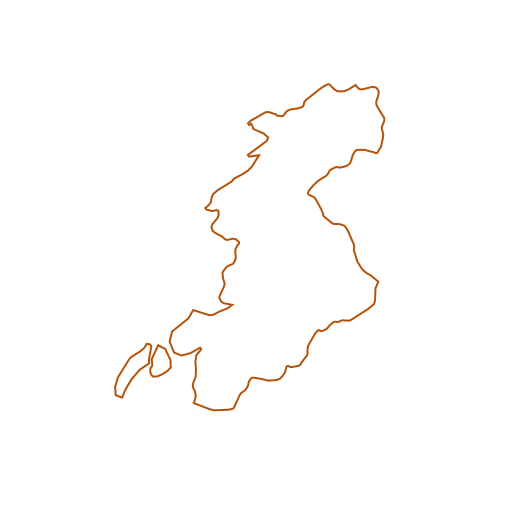 the border of Krabi, rotated 56°
{"feature_id": "THA-382", "entity_name": "Krabi", "entity_type": "Province", "adm_level": 1, "iso_a3": "THA", "parent_name": "Thailand", "parent_adm1": "", "projection": "orthographic", "projection_center": [99.002, 8.071], "detail": "fine", "context": "isolated", "style": "outline", "palette": "amber", "viewbox_px": 512, "rotation_deg": 56, "n_neighbors": 0, "source": "natural_earth", "source_scale": "10m", "svg_char_len": 4032}
<svg xmlns="http://www.w3.org/2000/svg" viewBox="0 0 512 512"><g transform="rotate(56 256 256)"><path d="M342.9,389.7L342.5,388.9L338.7,384.4L334.5,382.4L329.4,381.7L326.8,379.8L322.4,373.6L316.1,368.9L309.8,365.4L304.9,361.0L302.7,353.6L300.7,353.6L299.9,364.6L296.8,373.5L290.2,377.9L278.9,375.6L271.7,367.9L269.9,346.7L265.7,338.3L278.9,327.9L280.9,324.0L281.5,318.0L283.5,308.4L283.2,303.0L277.1,309.2L274.0,310.4L270.0,309.8L268.4,307.9L263.5,299.7L261.2,297.3L256.0,295.8L250.8,292.9L248.5,286.4L248.8,283.2L249.4,281.2L249.6,279.4L248.5,276.6L246.3,273.8L241.1,271.0L238.6,268.9L236.8,265.5L236.3,263.2L235.0,262.3L230.9,263.3L228.9,265.1L226.6,270.8L225.5,272.0L220.6,273.4L215.8,276.1L211.3,277.9L206.8,276.6L205.2,274.2L203.1,267.0L201.5,264.3L197.5,261.9L195.7,263.2L194.9,265.9L193.8,267.6L189.6,271.3L187.9,271.2L187.3,266.5L186.4,263.7L182.3,259.5L180.7,256.8L180.0,250.6L180.7,234.9L179.6,230.6L180.7,220.3L180.7,214.8L179.7,209.7L174.2,197.2L169.7,206.2L167.7,206.2L166.6,182.8L164.5,179.6L158.4,181.3L149.2,187.2L145.8,186.2L143.7,186.2L143.7,188.4L141.5,188.4L140.9,184.6L142.2,167.5L143.9,164.8L149.1,160.9L149.5,160.2L151.4,160.1L154.8,156.2L154.8,155.1L154.7,153.8L153.5,151.2L153.2,147.8L154.2,144.7L157.1,138.6L158.0,135.7L158.3,133.6L157.8,132.6L157.3,131.8L155.8,130.3L155.2,129.5L154.5,126.3L153.2,108.4L153.4,103.2L153.9,100.0L154.8,99.4L155.8,99.0L160.7,98.1L162.9,97.4L164.8,96.4L165.8,95.3L166.9,93.7L168.7,90.6L169.7,85.9L169.9,77.8L173.4,77.6L175.7,76.7L176.5,76.0L177.0,75.1L177.5,74.2L180.6,65.5L181.8,63.7L182.6,63.0L183.4,62.4L184.5,62.1L185.7,61.9L186.9,62.1L188.1,62.3L189.4,63.1L190.8,64.4L195.2,69.8L195.9,70.5L197.1,71.1L198.4,71.7L200.9,72.0L212.6,72.5L214.1,72.9L215.4,73.9L217.2,76.2L218.9,79.0L219.9,79.9L221.3,80.7L225.8,82.2L227.3,83.2L228.8,84.5L235.1,91.0L237.3,95.8L237.9,96.7L238.3,97.5L238.3,98.4L237.7,99.1L236.9,99.7L236.0,100.3L234.3,101.6L232.9,103.1L228.8,106.5L224.8,112.5L224.4,113.4L224.4,114.6L224.7,115.6L226.6,119.5L228.4,121.8L230.1,123.7L231.0,125.0L231.6,126.2L231.9,127.3L232.0,128.5L232.0,129.9L231.8,131.1L230.3,135.6L229.2,137.5L227.7,139.0L227.2,139.9L226.8,140.9L226.3,144.7L226.3,146.0L226.4,147.2L226.8,148.1L227.9,150.0L228.3,151.0L228.8,153.3L228.4,158.5L228.6,163.8L229.5,168.9L230.7,173.4L231.4,175.5L232.5,177.4L233.4,177.9L234.6,178.0L239.3,175.3L240.4,174.9L242.9,174.8L254.0,175.8L257.3,176.5L260.4,177.6L261.6,177.5L270.3,174.9L272.2,174.1L273.2,173.3L275.6,169.7L276.3,168.9L280.4,165.7L283.1,165.6L287.2,165.8L300.9,168.4L303.4,169.4L304.9,170.9L305.8,171.6L316.9,175.0L318.7,175.2L325.3,175.4L328.3,174.9L332.0,173.9L336.3,171.7L345.7,169.0L349.5,174.8L350.5,175.7L358.0,181.1L360.7,183.6L361.6,184.6L362.2,188.2L362.6,193.5L362.1,214.0L361.4,215.3L358.9,218.8L358.0,219.7L357.7,220.2L357.4,220.8L356.8,224.3L356.1,225.4L354.9,227.0L354.3,228.0L354.1,228.9L354.7,233.7L355.9,237.9L355.5,241.6L355.2,243.2L354.3,244.3L352.3,245.7L352.5,247.5L353.5,250.5L358.7,261.4L360.1,263.6L363.2,266.3L365.0,267.3L365.8,268.0L366.6,268.8L367.0,269.8L370.0,278.3L370.7,279.3L370.9,280.4L370.8,282.1L368.7,287.2L367.9,288.7L367.3,289.6L366.3,290.2L365.3,290.6L364.8,291.6L364.7,292.5L368.7,297.1L370.2,300.9L371.1,304.6L370.8,306.5L370.1,308.8L366.6,314.8L365.5,316.2L360.9,320.3L355.2,326.4L354.8,327.5L354.8,328.9L355.7,331.3L356.5,332.5L357.4,333.5L358.1,334.2L358.8,334.9L359.4,335.8L360.3,337.7L360.7,338.7L361.1,339.9L361.4,345.2L362.2,347.3L369.3,358.9L369.7,359.9L369.2,361.9L368.1,364.7L360.5,377.0L356.9,380.2L343.9,389.4L343.0,389.6L342.9,389.7ZM272.2,393.2L282.0,402.6L285.2,404.5L285.3,416.0L288.5,427.8L293.4,438.4L298.5,446.2L292.9,450.1L285.7,445.9L279.3,438.2L271.0,419.6L270.0,416.5L270.3,405.4L269.7,400.0L267.7,395.5L268.5,394.8L268.9,394.6L269.2,394.2L270.0,393.2L272.2,393.2ZM300.7,388.9L301.7,393.1L301.7,399.3L300.6,405.2L298.5,408.7L295.7,409.3L292.9,408.5L290.7,407.0L289.8,405.5L289.0,403.5L287.2,402.2L285.0,401.2L283.2,400.1L275.3,387.0L282.4,383.2L294.4,385.1L300.7,388.9Z" fill="none" stroke="#b45309" stroke-width="2"/></g></svg>